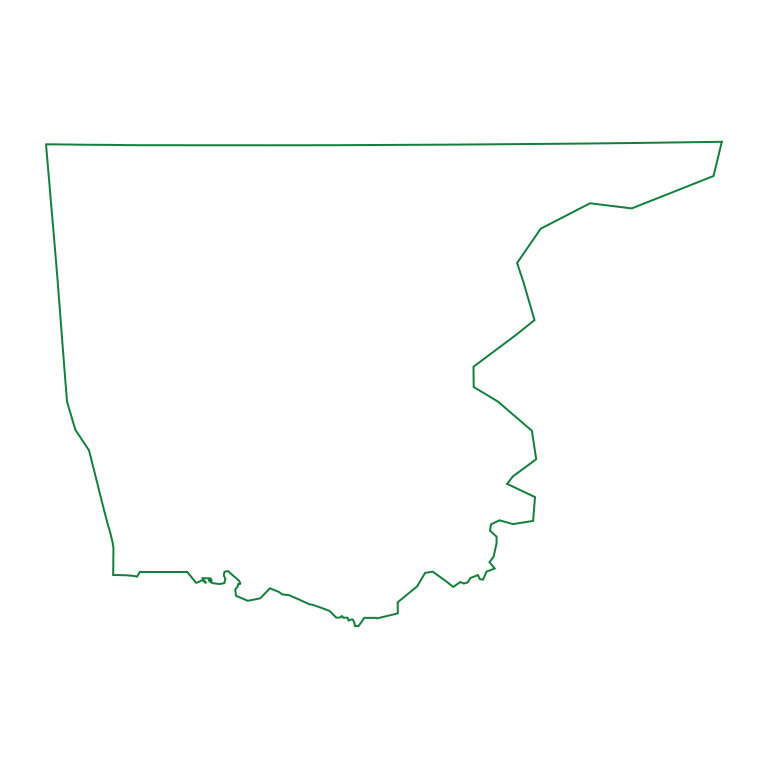 Soudari, North Kordufan, Sudan (orthographic projection)
{"feature_id": "16777658B52132204049815", "entity_name": "Soudari", "entity_type": "district", "adm_level": 2, "iso_a3": "SDN", "parent_name": "Sudan", "parent_adm1": "North Kordufan", "projection": "orthographic", "projection_center": [27.862, 15.17], "detail": "fine", "context": "isolated", "style": "outline", "palette": "green", "viewbox_px": 768, "rotation_deg": 0, "n_neighbors": 0, "source": "geoboundaries", "source_scale": "gbopen_adm2", "svg_char_len": 4754}
<svg xmlns="http://www.w3.org/2000/svg" viewBox="0 0 768 768"><path d="M334.8,145.2L268.2,145.3L139.8,145.2L129.0,145.1L125.5,145.1L111.4,144.9L105.0,144.9L99.3,144.8L94.3,144.8L83.1,144.7L73.5,144.6L70.7,144.5L70.3,144.5L66.7,144.5L55.9,144.4L52.1,144.3L51.4,144.3L50.5,144.3L49.3,144.3L48.4,144.3L47.7,144.3L47.1,144.3L46.7,144.3L46.3,144.3L46.2,144.3L46.1,144.8L46.1,145.1L46.1,145.4L46.2,146.8L46.3,147.9L46.4,148.6L46.6,151.0L46.6,151.4L46.6,151.6L46.7,152.5L47.1,156.5L47.1,156.9L47.1,157.1L47.4,160.7L47.8,165.3L48.0,167.7L48.1,168.3L48.3,171.2L49.2,181.2L50.4,195.9L50.7,199.6L53.3,229.0L56.5,267.0L57.4,277.8L58.8,296.1L63.0,350.7L65.4,381.5L66.0,388.1L66.1,389.5L66.1,390.2L66.1,390.5L66.2,391.4L66.4,393.3L66.6,395.7L66.6,395.8L66.7,397.9L66.9,399.9L67.0,401.7L67.1,402.0L67.9,404.6L69.7,410.7L70.9,414.6L71.6,417.1L72.3,419.3L72.4,419.9L73.7,424.2L74.0,425.2L74.2,425.8L74.3,426.0L74.3,426.3L74.6,427.1L74.9,428.0L75.0,428.4L75.3,429.6L75.5,430.0L76.0,430.8L77.2,432.6L77.9,433.6L79.3,435.7L80.0,436.8L80.3,437.3L81.4,438.9L82.1,440.0L82.3,440.2L83.2,441.6L83.5,442.1L84.0,442.9L84.5,443.5L84.9,444.1L85.1,444.5L85.5,445.1L86.7,446.9L87.5,448.1L88.6,449.7L89.0,450.3L89.1,450.5L89.3,451.3L89.3,451.5L89.5,452.4L89.6,452.6L90.3,455.5L90.6,456.5L91.8,461.4L93.2,467.2L93.6,468.4L93.7,468.9L94.2,471.0L94.4,471.5L95.2,475.0L95.7,476.9L96.2,479.0L96.5,480.2L96.6,480.3L98.5,488.0L99.0,490.2L100.7,496.9L101.8,501.3L103.2,506.6L103.9,509.5L105.5,515.6L106.8,520.5L107.2,522.1L108.1,525.6L108.1,525.8L109.0,528.2L109.1,528.6L109.9,531.6L110.0,531.8L110.5,533.6L110.6,534.1L110.9,535.5L111.1,536.2L111.4,537.5L111.7,538.8L112.0,540.0L112.1,540.3L112.4,541.7L112.5,542.2L112.8,543.5L112.8,544.5L112.8,545.0L113.0,545.5L113.1,545.8L113.3,546.8L113.5,547.4L113.5,547.6L113.5,547.8L113.5,548.0L113.5,548.3L113.4,549.4L113.4,551.0L113.4,552.1L113.4,553.5L113.4,556.8L113.3,557.6L113.3,558.3L113.3,559.5L113.3,560.9L113.3,561.4L113.3,561.9L113.3,562.6L113.3,564.4L113.3,564.5L113.3,566.5L113.2,567.3L113.2,569.0L113.2,571.3L113.2,571.7L113.2,572.9L113.2,574.7L113.2,575.0L120.4,575.1L120.6,575.1L121.2,575.2L125.7,575.2L126.5,575.3L126.9,575.3L127.0,575.3L129.1,575.5L129.4,575.5L129.5,575.5L129.9,575.6L130.4,575.6L130.6,575.6L131.4,575.7L132.6,575.8L133.0,575.9L135.7,576.3L137.1,576.6L139.8,572.0L141.1,572.0L142.0,572.0L146.0,572.0L147.5,572.0L150.1,572.0L151.0,572.0L157.6,572.0L158.2,572.0L160.8,572.0L161.7,572.0L164.5,572.0L167.3,572.0L169.0,572.0L176.8,572.0L184.0,572.0L185.1,572.0L186.8,572.0L187.3,572.0L189.5,574.7L190.5,575.9L193.6,579.8L196.0,582.7L198.4,582.2L200.9,580.7L202.3,580.1L204.4,581.7L204.7,582.1L205.0,582.5L205.5,582.7L205.8,582.2L205.7,582.1L205.3,581.8L204.8,581.3L204.4,580.8L204.0,580.5L202.8,578.7L202.8,578.4L202.7,578.2L210.5,578.4L211.4,579.8L211.6,580.4L211.6,580.7L211.1,580.9L209.7,580.5L209.0,579.8L208.9,580.2L208.8,580.3L208.8,580.5L209.3,580.8L210.3,581.9L212.5,583.1L219.3,584.0L220.0,583.9L224.3,583.2L225.4,578.8L225.3,578.7L224.1,576.2L224.0,575.7L224.0,575.3L223.9,574.8L223.9,574.5L223.9,574.4L223.9,574.2L224.2,573.3L224.4,572.4L224.5,571.8L226.9,571.2L228.5,571.3L228.7,571.6L228.9,571.8L229.5,572.4L229.7,572.7L230.5,573.3L231.6,574.3L233.2,575.7L233.9,576.3L234.6,576.9L234.8,577.0L238.6,580.4L239.0,580.7L239.2,581.2L239.6,581.8L240.1,582.8L240.3,583.0L240.1,583.9L239.1,584.1L238.4,583.9L238.0,584.3L237.9,584.9L237.8,585.7L237.8,586.2L237.0,587.3L236.0,588.6L235.9,588.7L235.2,589.5L235.7,593.0L236.0,595.5L236.1,595.9L237.8,596.6L238.1,596.7L247.8,600.8L260.3,598.3L264.6,593.8L266.4,592.0L269.9,588.3L279.1,592.0L280.4,593.0L282.2,594.4L288.8,595.1L289.3,595.2L294.3,597.5L295.0,597.7L304.9,602.2L305.3,602.4L310.0,604.5L311.8,604.5L314.2,605.4L317.5,606.5L322.7,608.3L322.8,608.4L324.5,609.0L327.2,610.1L328.4,610.5L329.6,610.9L336.2,617.6L338.6,617.6L339.9,617.6L341.6,616.2L342.4,616.3L343.1,617.7L347.4,617.7L347.5,617.7L348.6,620.5L350.8,619.6L352.4,619.4L352.5,619.4L353.1,619.9L354.5,623.2L354.8,625.0L355.0,626.0L358.4,626.2L361.5,621.9L364.3,617.9L371.7,617.9L376.3,617.9L376.4,618.2L376.9,618.4L397.8,613.4L397.7,602.3L417.2,586.3L425.1,572.9L432.8,571.7L445.7,581.0L453.3,586.9L460.3,582.0L463.7,583.5L467.6,582.5L470.4,578.0L477.9,575.1L479.7,579.0L482.9,579.7L484.6,576.2L486.4,571.7L494.7,568.5L489.5,562.3L493.6,556.7L496.5,543.6L496.6,536.7L490.0,530.7L491.0,524.4L499.4,520.3L513.0,524.1L533.1,520.9L535.0,497.1L507.1,483.9L512.9,476.4L536.2,459.2L531.9,430.8L497.8,401.5L473.7,387.0L473.5,366.7L515.9,335.0L534.5,320.1L523.5,282.3L517.1,263.0L540.7,228.7L590.0,203.3L631.7,208.4L713.5,176.0L717.1,161.3L719.1,153.0L721.6,142.5L721.8,142.1L721.9,141.8L721.7,141.8L633.9,143.0L578.8,143.6L494.4,144.3L454.2,144.6L334.8,145.2Z" fill="none" stroke="#15803d" stroke-width="2"/></svg>